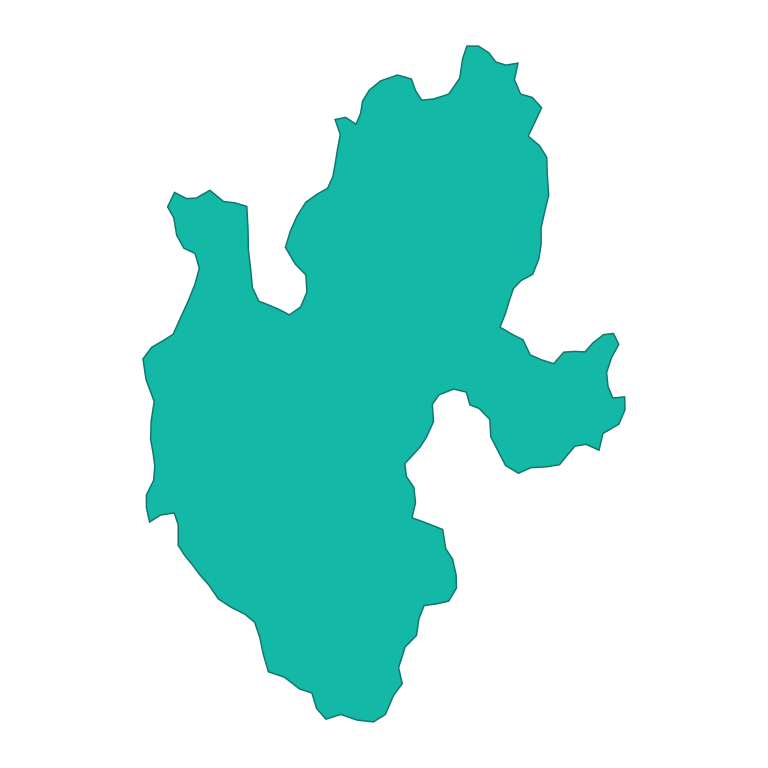 the district of Amparo do Serra, Minas Gerais, Brazil
{"feature_id": "56859067B23618411337621", "entity_name": "Amparo do Serra", "entity_type": "district", "adm_level": 2, "iso_a3": "BRA", "parent_name": "Brazil", "parent_adm1": "Minas Gerais", "projection": "equal_earth", "projection_center": [-42.798, -20.529], "detail": "fine", "context": "isolated", "style": "filled", "palette": "teal", "viewbox_px": 768, "rotation_deg": 0, "n_neighbors": 0, "source": "geoboundaries", "source_scale": "gbopen_adm2", "svg_char_len": 2273}
<svg xmlns="http://www.w3.org/2000/svg" viewBox="0 0 768 768"><path d="M518.0,63.2L505.8,65.1L495.8,61.9L488.8,52.8L478.5,46.1L466.9,46.1L462.7,58.4L459.7,78.2L448.7,94.1L433.9,98.9L421.7,100.2L415.6,90.8L411.4,79.0L397.6,75.0L380.6,80.9L369.4,90.0L362.6,101.0L360.6,113.4L356.0,124.3L345.7,117.4L335.1,119.5L340.3,134.5L337.5,149.3L335.1,164.3L332.9,176.6L327.5,188.4L317.7,193.8L305.9,202.1L297.1,216.0L290.4,231.0L285.4,247.4L295.2,264.0L305.9,275.0L306.9,292.1L300.7,306.9L289.4,314.9L279.2,309.5L269.4,305.3L258.8,301.2L252.4,287.6L250.6,268.8L248.4,249.5L248.0,228.9L246.8,206.4L235.0,202.9L223.5,201.5L209.9,190.3L196.1,198.1L186.5,198.6L174.5,192.4L167.6,206.9L173.8,217.9L176.7,235.3L183.9,248.2L195.1,253.5L199.3,268.3L195.1,283.8L188.5,300.4L179.4,320.3L173.2,334.2L162.8,340.9L151.6,347.3L143.0,358.9L146.0,379.5L154.2,401.5L151.2,421.0L150.6,439.2L153.2,453.7L154.8,466.3L153.6,480.5L146.4,495.0L146.4,507.6L149.6,522.0L160.4,515.1L174.2,512.9L178.2,524.7L178.2,545.4L184.4,555.0L192.2,564.6L199.8,574.8L209.1,585.3L218.3,598.9L231.1,607.3L244.9,614.2L254.7,622.3L259.8,637.5L263.2,653.9L268.4,671.8L284.4,677.2L299.6,689.0L311.9,693.0L316.5,708.3L325.9,719.2L340.7,714.4L356.7,720.0L373.4,721.9L385.4,714.4L393.6,695.4L402.2,683.6L398.6,667.5L405.2,646.9L416.5,635.4L418.9,618.8L424.1,605.6L436.9,603.8L448.7,601.1L456.5,588.0L456.1,574.8L452.5,559.0L445.7,548.6L442.7,529.5L425.3,522.6L412.0,517.8L415.5,502.8L413.9,487.5L406.4,476.5L404.8,463.6L412.6,455.3L420.1,447.0L426.3,437.4L433.5,421.6L432.3,404.4L439.1,394.8L453.5,389.1L466.3,392.1L469.9,404.9L479.0,408.4L489.8,419.4L490.8,436.8L497.4,449.7L505.6,465.5L518.4,473.3L530.7,467.7L546.7,466.8L559.5,464.7L567.3,455.1L574.9,446.2L586.0,444.3L599.0,450.2L603.0,433.4L618.8,424.2L625.0,409.8L624.6,396.9L612.8,398.0L608.0,386.5L606.6,372.5L611.6,357.5L618.8,344.4L613.4,333.4L603.4,334.7L592.8,343.0L585.1,351.9L574.5,351.4L563.7,352.2L553.7,363.7L541.1,359.7L530.2,354.8L523.0,339.8L513.4,335.0L500.0,327.2L505.2,314.1L509.4,300.4L513.4,288.6L521.0,280.6L532.8,274.2L538.9,258.6L541.1,244.2L541.1,227.5L544.7,211.7L548.7,195.1L547.3,175.3L546.7,157.3L539.6,145.8L528.2,136.1L535.4,121.1L541.6,107.7L532.4,97.5L520.6,94.1L514.4,79.6L518.0,63.2Z" fill="#14b8a6" stroke="#0f766e" stroke-width="1.5"/></svg>